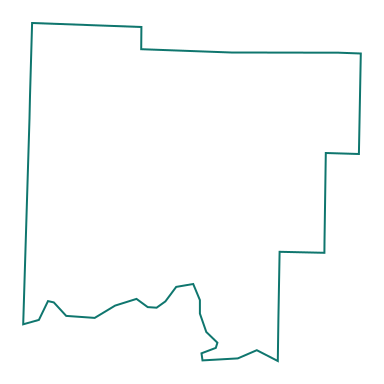 outline of Johnson, Arkansas, United States of America
{"feature_id": "52423323B48862010704992", "entity_name": "Johnson", "entity_type": "district", "adm_level": 2, "iso_a3": "USA", "parent_name": "United States of America", "parent_adm1": "Arkansas", "projection": "natural_earth1", "projection_center": [-93.456, 35.548], "detail": "fine", "context": "isolated", "style": "outline", "palette": "teal", "viewbox_px": 384, "rotation_deg": 0, "n_neighbors": 0, "source": "geoboundaries", "source_scale": "gbopen_adm2", "svg_char_len": 565}
<svg xmlns="http://www.w3.org/2000/svg" viewBox="0 0 384 384"><path d="M32.1,23.0L30.0,96.0L29.5,118.1L23.2,324.3L38.9,319.9L48.0,301.1L53.8,302.4L66.2,315.9L94.7,317.9L115.1,305.6L136.5,298.9L147.7,307.1L156.6,307.7L165.4,301.4L176.2,286.9L193.2,284.0L199.9,300.1L199.9,313.6L206.3,332.0L217.4,342.7L215.8,347.9L201.5,353.3L202.5,360.4L237.8,358.4L256.8,350.2L277.8,361.0L278.4,318.5L279.6,251.8L324.4,252.8L324.5,241.7L325.8,153.0L358.9,154.0L360.8,53.5L338.8,52.7L231.2,52.5L141.2,49.2L141.4,27.0L32.1,23.0Z" fill="none" stroke="#0f766e" stroke-width="2"/></svg>